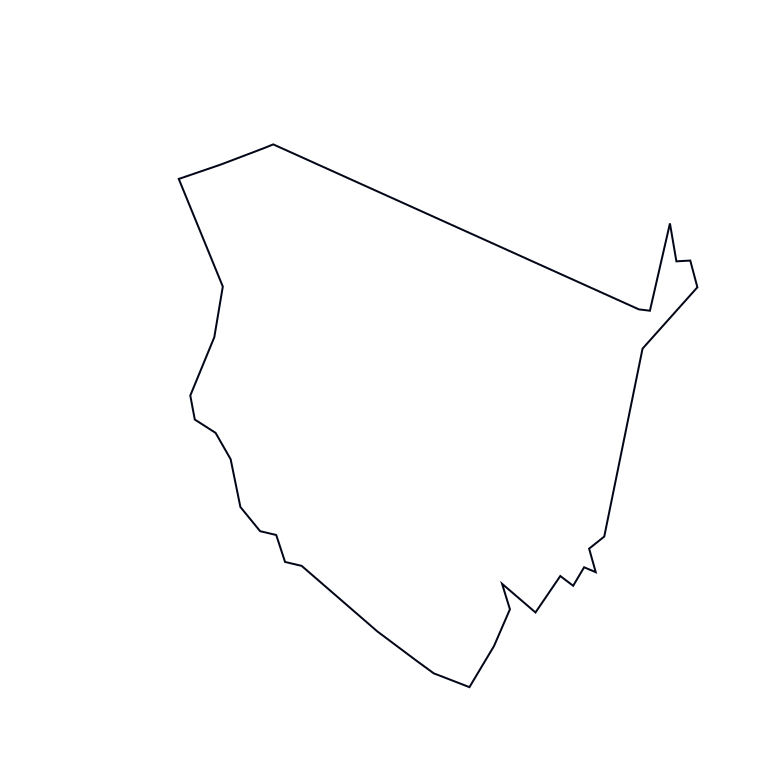 Washington, Tennessee, United States of America, rotated 111°
{"feature_id": "52423323B6874180594173", "entity_name": "Washington", "entity_type": "district", "adm_level": 2, "iso_a3": "USA", "parent_name": "United States of America", "parent_adm1": "Tennessee", "projection": "robinson", "projection_center": [-82.462, 36.272], "detail": "fine", "context": "isolated", "style": "outline", "palette": "ink", "viewbox_px": 768, "rotation_deg": 111, "n_neighbors": 0, "source": "geoboundaries", "source_scale": "gbopen_adm2", "svg_char_len": 610}
<svg xmlns="http://www.w3.org/2000/svg" viewBox="0 0 768 768"><g transform="rotate(111 384 384)"><path d="M636.4,195.6L589.2,187.4L549.2,185.7L528.2,202.2L543.0,160.7L500.1,150.6L504.6,135.1L483.4,131.5L483.8,118.9L464.2,133.5L447.5,123.7L258.3,155.3L181.4,126.1L159.0,142.3L164.7,155.0L131.6,174.6L220.3,162.0L223.0,172.9L200.0,573.3L206.1,579.8L237.5,614.9L266.1,649.1L350.8,569.4L401.1,559.2L464.2,560.7L485.0,547.9L490.0,523.7L509.2,500.2L550.3,474.0L565.8,446.9L563.6,430.5L585.6,412.6L583.3,395.7L617.4,301.5L630.8,254.2L636.3,233.9L636.4,195.6Z" fill="none" stroke="#020617" stroke-width="2"/></g></svg>